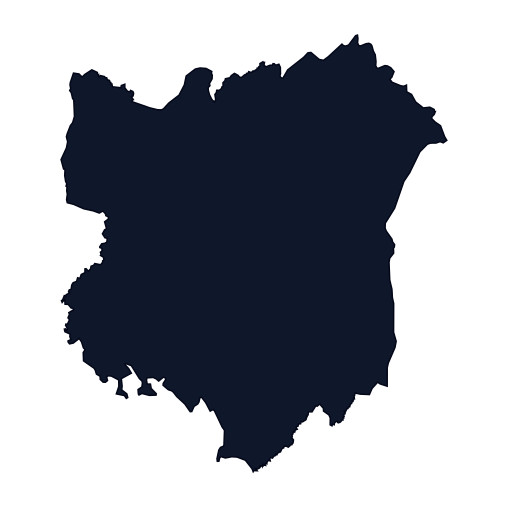 Trakan Phuet Phon, Ubon Ratchathani, Thailand, rotated 357°
{"feature_id": "78962969B42152310983042", "entity_name": "Trakan Phuet Phon", "entity_type": "district", "adm_level": 2, "iso_a3": "THA", "parent_name": "Thailand", "parent_adm1": "Ubon Ratchathani", "projection": "robinson", "projection_center": [105.015, 15.601], "detail": "fine", "context": "isolated", "style": "filled", "palette": "ink", "viewbox_px": 512, "rotation_deg": 357, "n_neighbors": 0, "source": "geoboundaries", "source_scale": "gbopen_adm2", "svg_char_len": 5927}
<svg xmlns="http://www.w3.org/2000/svg" viewBox="0 0 512 512"><g transform="rotate(357 256 256)"><path d="M241.9,471.3L242.7,470.2L245.9,470.5L244.6,468.6L245.8,469.0L248.4,467.9L248.9,467.4L248.7,466.2L249.5,465.7L250.0,466.3L251.2,465.3L251.4,466.2L251.9,464.8L252.2,466.0L253.1,465.3L254.5,465.6L254.1,464.7L254.7,463.5L255.9,464.2L256.3,462.2L257.7,460.8L259.5,461.4L259.1,459.1L260.0,458.1L261.9,458.7L263.2,456.9L264.7,456.4L265.2,454.9L265.8,454.7L266.4,455.6L267.6,453.7L268.8,453.4L269.1,452.4L270.2,452.9L272.0,449.5L273.6,449.1L273.9,447.7L276.2,447.4L278.2,448.6L279.8,447.4L279.8,446.7L282.1,446.2L282.2,445.2L283.2,444.7L283.8,441.6L282.3,439.5L282.8,438.1L282.4,436.5L283.3,436.1L284.3,433.2L285.4,433.9L286.2,431.7L288.1,431.2L287.3,429.9L287.4,428.5L289.1,428.1L289.6,426.0L291.8,425.9L292.5,423.4L293.8,424.1L297.2,422.2L297.8,421.1L297.5,420.0L298.7,419.2L298.7,417.8L299.7,417.5L300.1,414.4L303.8,414.6L307.8,408.8L309.2,409.2L311.9,407.2L315.4,411.8L315.3,414.4L320.5,418.5L321.7,421.7L321.2,428.5L323.0,429.6L323.6,428.0L325.3,428.6L325.5,427.1L327.4,425.2L328.7,425.4L328.7,426.5L329.7,426.9L331.7,426.2L333.3,424.3L334.3,424.3L334.1,422.7L335.2,422.3L334.8,421.2L335.6,420.8L335.1,418.9L336.7,418.2L336.2,416.0L337.0,416.6L338.8,413.3L339.9,413.1L340.0,411.7L341.6,411.6L342.6,408.6L343.7,408.4L344.3,406.7L345.1,406.4L344.6,405.6L345.7,405.1L345.9,403.6L346.8,403.8L346.6,401.0L347.1,400.7L347.7,398.0L352.8,399.4L362.0,400.3L365.0,394.3L370.9,388.4L373.2,390.2L380.2,392.9L381.2,374.4L382.5,369.8L390.0,354.6L391.5,348.5L389.4,339.3L391.0,310.6L390.0,304.6L390.0,296.4L388.3,286.9L388.5,269.3L389.4,265.2L393.6,260.4L393.7,255.3L394.6,254.3L395.0,251.8L393.2,249.2L392.6,246.2L387.4,238.0L386.4,234.9L386.8,230.0L396.9,215.6L407.6,189.2L413.9,180.8L425.1,160.5L433.0,153.3L436.2,152.4L441.8,152.6L445.8,151.4L448.9,152.8L452.6,150.5L450.6,146.7L447.1,135.6L441.9,131.6L438.7,128.0L439.0,126.1L441.5,123.8L442.6,121.2L441.8,121.3L441.6,119.0L437.4,116.5L430.8,116.9L423.5,110.5L419.8,102.8L415.1,99.9L415.2,93.2L412.6,94.2L409.5,93.6L401.0,89.6L398.8,86.2L400.8,84.9L403.5,79.1L400.4,75.0L397.1,73.0L394.6,72.6L387.9,75.0L386.4,74.5L385.5,72.1L386.0,68.2L385.6,61.3L383.9,57.4L382.7,52.0L381.7,50.5L379.9,49.5L376.9,49.8L371.4,51.7L369.7,51.3L368.6,48.5L369.2,44.1L368.9,40.7L367.0,41.2L359.5,50.2L356.2,51.1L354.3,50.4L352.9,48.9L338.6,60.8L333.6,64.1L329.4,63.0L321.5,55.6L318.5,55.8L314.0,60.1L297.4,71.8L292.1,79.9L290.3,79.3L289.3,77.4L290.0,75.4L290.2,68.9L288.9,65.7L285.7,66.5L284.2,64.9L283.1,64.8L282.1,66.4L280.1,66.2L275.8,67.6L274.0,65.8L274.6,63.1L273.4,63.1L273.1,62.4L270.0,64.0L270.0,66.3L268.5,67.3L268.5,68.7L267.0,68.4L266.4,70.2L265.2,70.2L264.1,71.3L262.7,71.0L262.3,71.8L260.3,72.4L258.4,71.5L257.7,73.0L256.0,73.2L255.5,74.5L254.0,74.5L251.3,76.7L249.1,76.8L247.5,74.6L244.0,72.5L240.7,74.6L239.3,76.6L234.7,77.4L234.2,79.3L232.1,81.2L232.0,84.9L230.8,85.4L230.3,87.0L228.0,88.6L225.5,88.4L224.9,90.8L223.4,92.5L223.9,97.7L222.5,100.1L220.1,97.4L218.0,92.6L217.0,87.9L217.1,85.3L218.9,83.5L218.5,81.4L221.4,76.8L221.8,73.0L221.0,71.2L221.5,69.4L216.0,66.1L210.0,65.3L205.2,66.1L195.7,72.6L193.4,81.4L187.6,91.3L176.9,98.7L171.3,104.2L169.2,105.1L165.4,104.8L157.7,102.5L140.1,95.3L140.7,93.8L141.7,93.5L139.9,90.3L141.6,89.8L142.3,87.2L141.7,85.3L139.4,84.1L138.8,85.4L136.4,84.9L133.8,81.2L134.0,77.6L130.4,78.7L129.9,80.9L121.5,79.5L121.1,76.7L120.2,76.9L120.1,75.1L118.8,74.4L119.0,73.4L118.4,72.7L116.8,72.4L116.2,70.2L115.0,70.2L114.1,68.9L110.2,67.7L108.6,68.8L108.1,68.3L108.3,66.6L107.8,66.8L107.1,65.7L107.2,64.4L101.8,61.5L94.4,65.8L91.8,68.2L88.7,64.9L83.3,63.8L79.6,73.2L79.2,75.4L79.7,79.2L78.6,81.0L80.1,83.3L81.1,89.1L82.2,90.8L82.0,107.1L79.9,113.2L77.4,116.2L73.8,124.2L72.9,127.1L73.9,132.1L72.3,138.3L66.4,149.5L68.4,159.1L69.8,159.3L69.2,165.8L69.8,171.7L70.8,173.8L70.0,176.3L70.7,176.4L70.8,177.8L70.4,181.1L70.8,184.3L69.8,189.9L70.3,192.9L76.4,194.8L86.4,199.8L95.9,202.4L101.7,204.9L105.5,203.1L107.8,205.9L108.2,207.9L110.4,209.0L110.6,211.3L106.6,213.9L108.2,221.0L106.2,221.9L103.8,225.8L106.1,229.9L108.3,230.5L107.8,234.3L105.6,235.4L102.6,235.7L100.4,238.7L100.5,239.4L102.6,240.4L102.4,243.0L100.8,244.1L101.4,246.2L100.7,247.3L103.5,249.1L103.9,251.9L102.6,252.8L102.5,254.2L100.4,256.6L94.6,255.1L93.5,256.7L90.7,257.6L90.2,260.1L87.8,262.4L85.7,259.8L84.5,259.9L84.3,263.7L80.5,265.3L79.0,269.1L76.7,268.4L75.5,272.0L72.0,273.1L70.5,275.3L69.6,279.6L67.7,280.1L66.9,281.9L68.0,283.1L64.4,284.7L64.2,286.0L62.5,285.5L60.6,289.7L59.4,290.4L60.0,292.2L62.7,289.3L62.8,294.2L65.9,294.5L68.7,298.3L70.4,298.5L71.1,300.2L66.1,302.7L66.6,304.6L65.0,307.9L66.4,309.9L64.0,314.4L62.7,314.0L62.2,315.2L64.0,319.0L62.9,320.6L62.0,318.8L60.8,319.0L61.2,321.6L66.2,324.2L65.9,326.9L66.8,329.8L63.8,331.0L64.0,332.3L65.2,334.0L69.0,333.4L75.1,329.1L77.3,332.7L78.8,338.6L80.4,340.6L78.4,343.4L78.3,351.7L88.3,359.5L89.4,361.3L90.5,365.6L94.0,367.9L94.0,371.1L96.7,374.0L99.1,374.2L101.2,372.6L100.5,369.2L101.7,367.9L105.2,368.3L112.4,372.6L112.2,379.1L109.3,386.4L117.3,388.5L119.0,391.4L120.5,390.6L119.8,386.9L114.9,382.7L115.5,378.9L115.1,371.4L125.4,366.5L122.9,361.7L119.6,357.7L120.1,356.5L125.8,359.0L133.2,372.4L135.6,374.9L135.9,376.9L135.2,380.8L131.2,383.2L131.3,387.6L131.9,388.7L134.8,387.3L142.2,389.6L148.9,389.7L149.2,388.3L144.4,382.8L143.9,378.4L140.7,378.2L140.2,375.0L140.5,372.0L147.0,371.9L149.9,373.5L152.3,375.8L157.1,372.2L158.8,372.7L159.4,374.6L156.7,378.3L156.4,380.2L161.5,385.0L164.7,386.2L166.3,387.6L169.5,392.2L177.2,400.1L182.1,408.0L183.7,408.0L186.3,402.9L190.0,400.8L191.4,398.8L192.5,394.7L194.2,394.1L198.1,399.8L202.1,408.5L204.9,407.2L206.3,408.2L213.3,425.1L215.4,428.4L214.1,443.2L213.4,444.3L210.5,445.3L208.7,447.9L206.4,456.5L206.6,459.0L208.2,459.0L209.2,455.6L210.5,454.5L214.9,456.1L221.2,455.2L226.6,455.8L234.7,459.4L240.9,468.2L241.9,471.3Z" fill="#0f172a" stroke="#020617" stroke-width="1.5"/></g></svg>